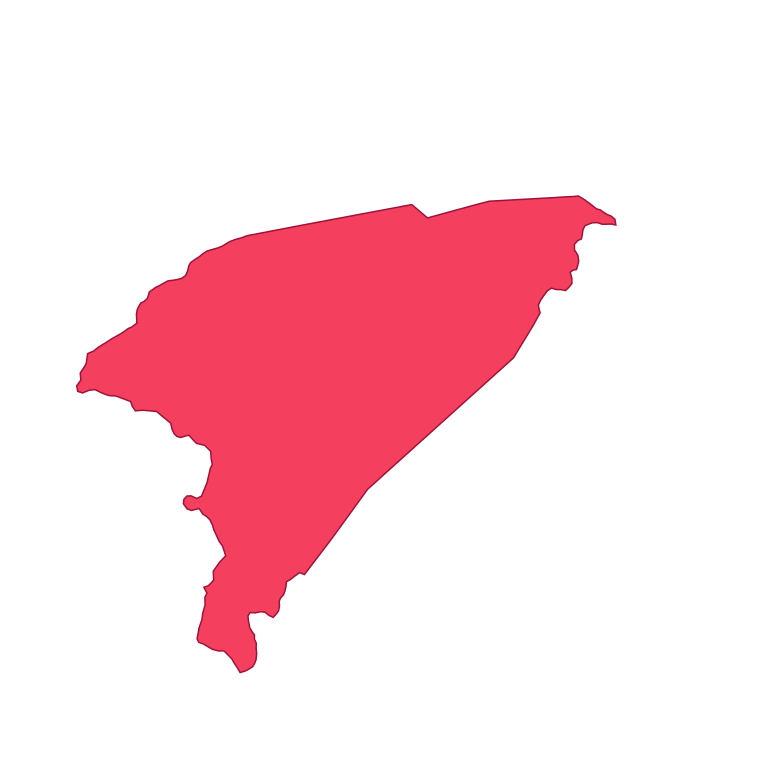 the district of Itagimirim, Bahia, Brazil, rotated 334°
{"feature_id": "56859067B60093559467273", "entity_name": "Itagimirim", "entity_type": "district", "adm_level": 2, "iso_a3": "BRA", "parent_name": "Brazil", "parent_adm1": "Bahia", "projection": "orthographic", "projection_center": [-39.777, -16.127], "detail": "fine", "context": "isolated", "style": "filled", "palette": "rose", "viewbox_px": 768, "rotation_deg": 334, "n_neighbors": 0, "source": "geoboundaries", "source_scale": "gbopen_adm2", "svg_char_len": 2679}
<svg xmlns="http://www.w3.org/2000/svg" viewBox="0 0 768 768"><g transform="rotate(334 384 384)"><path d="M662.1,342.7L663.8,337.1L661.6,332.4L659.0,329.7L656.6,325.8L654.7,322.3L651.7,319.7L649.3,314.5L647.4,310.8L644.6,305.5L641.0,300.2L636.6,298.6L632.5,296.8L627.6,294.7L616.3,290.1L601.9,284.0L558.6,265.8L543.6,262.8L495.9,253.8L487.6,234.9L376.6,204.4L326.0,190.7L319.8,190.1L314.2,189.0L308.1,188.4L302.7,188.8L298.8,189.2L294.1,188.8L289.0,187.9L283.1,186.9L278.3,187.5L273.9,188.6L268.8,189.2L263.3,190.1L260.1,192.5L257.0,196.4L253.2,199.6L248.4,200.3L244.1,199.5L240.6,198.5L235.1,196.6L229.4,196.8L225.3,197.1L221.0,197.1L213.4,198.4L209.1,203.2L204.7,204.6L200.9,204.6L197.5,206.8L194.7,209.1L192.1,212.7L188.5,221.0L182.3,222.2L178.4,222.0L173.2,223.0L169.6,223.4L160.6,223.9L155.9,224.4L150.0,225.1L143.4,225.7L137.3,227.1L131.0,226.7L125.6,234.7L122.7,236.9L115.8,241.0L113.2,247.6L107.0,250.9L105.5,256.4L109.2,259.9L116.5,260.4L121.8,262.4L126.2,268.1L129.9,272.1L133.0,274.7L137.7,277.2L148.6,288.7L148.0,293.4L148.7,299.1L155.4,301.7L167.6,309.0L171.0,316.8L175.1,325.7L173.6,332.2L173.6,336.8L174.9,340.3L177.7,342.9L186.2,344.4L188.2,351.5L189.5,355.2L196.0,360.6L198.7,368.7L196.0,375.1L194.4,381.1L190.9,383.7L181.7,395.1L170.8,404.8L165.5,404.8L161.5,399.9L157.7,398.3L153.7,399.9L151.2,403.6L152.3,410.0L155.6,413.3L163.3,414.9L164.1,421.5L166.3,425.0L168.0,429.7L168.0,435.8L167.2,439.9L167.0,447.0L166.9,453.4L167.8,458.8L167.1,464.4L166.3,469.1L157.9,472.2L148.4,477.5L145.0,485.5L141.3,487.1L137.5,488.3L133.0,487.7L133.2,494.3L129.5,497.2L126.3,504.2L120.4,510.8L117.2,515.8L110.6,522.4L108.2,525.9L104.4,530.8L104.2,534.9L107.6,538.4L113.5,547.3L118.1,551.3L123.2,553.8L126.7,564.3L127.0,569.0L127.8,574.8L128.2,580.3L133.1,581.1L137.2,581.1L142.1,580.5L145.4,578.3L148.2,575.6L151.5,570.3L153.3,565.3L155.6,561.1L155.7,556.5L157.6,552.8L156.9,549.3L156.5,544.3L158.2,537.9L160.0,532.9L163.3,530.7L168.1,533.3L173.3,534.6L177.1,537.0L179.0,541.3L182.0,545.2L185.7,543.8L189.8,541.7L193.0,537.3L194.3,533.7L196.9,531.2L201.4,529.3L204.1,526.8L207.2,522.9L209.7,518.9L213.6,518.8L218.8,517.7L225.5,516.5L228.9,520.4L268.9,500.3L323.2,471.4L334.8,468.1L343.0,465.7L511.8,417.3L544.0,396.6L555.5,388.5L556.2,384.6L557.4,380.7L561.3,377.5L565.6,375.0L571.6,371.9L576.5,371.2L580.2,374.6L584.8,377.0L588.1,379.6L592.4,378.2L596.9,376.1L599.2,371.2L600.3,365.3L603.8,364.5L607.2,365.5L610.2,362.2L612.9,358.9L614.7,353.2L614.0,347.1L616.3,342.0L621.1,340.0L625.0,340.2L627.9,336.4L630.3,332.8L633.9,329.8L637.8,330.1L641.8,330.4L646.7,332.6L650.3,336.2L654.0,337.9L658.3,339.8L662.1,342.7Z" fill="#f43f5e" stroke="#9f1239" stroke-width="1.5"/></g></svg>